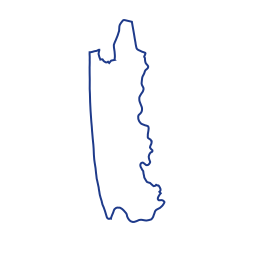 Phu Vang, Thừa Thiên - Huế, Vietnam, rotated 224°
{"feature_id": "81297802B31894177777214", "entity_name": "Phu Vang", "entity_type": "district", "adm_level": 2, "iso_a3": "VNM", "parent_name": "Vietnam", "parent_adm1": "Thừa Thiên - Huế", "projection": "robinson", "projection_center": [107.696, 16.453], "detail": "fine", "context": "isolated", "style": "outline", "palette": "blue", "viewbox_px": 256, "rotation_deg": 224, "n_neighbors": 0, "source": "geoboundaries", "source_scale": "gbopen_adm2", "svg_char_len": 5114}
<svg xmlns="http://www.w3.org/2000/svg" viewBox="0 0 256 256"><g transform="rotate(224 128 128)"><path d="M66.6,107.5L66.8,107.2L67.0,107.0L67.7,106.9L68.0,106.8L68.3,106.7L68.3,106.1L68.3,105.6L68.3,105.4L68.4,105.1L68.6,104.8L69.0,104.3L69.1,104.1L69.3,104.1L69.9,103.9L70.4,103.8L71.0,103.9L72.0,103.8L72.5,103.8L73.4,103.8L73.8,103.8L74.2,103.7L74.7,103.4L75.2,103.1L76.1,102.7L76.6,102.5L76.9,102.4L77.2,102.4L77.9,102.6L78.9,102.8L79.1,102.9L80.2,103.2L81.0,103.4L81.8,103.7L82.2,103.9L82.9,104.5L84.4,105.5L84.9,105.8L85.4,106.2L86.3,106.9L87.0,107.5L87.8,107.7L88.7,107.8L89.6,108.1L91.1,108.6L91.8,108.8L92.2,109.0L92.5,109.2L93.2,109.7L93.7,110.3L93.9,110.8L94.1,111.3L94.1,111.9L94.0,112.3L93.7,112.9L93.5,113.2L93.3,113.4L93.0,113.5L91.8,113.7L90.5,113.8L89.5,113.9L89.1,114.0L88.8,114.2L88.5,114.5L88.1,115.1L87.9,115.5L87.8,116.2L87.8,116.5L88.0,117.9L88.3,118.7L88.5,119.0L89.5,119.5L90.2,119.8L90.8,120.1L92.1,120.9L92.7,121.4L93.2,121.8L93.5,122.3L93.9,123.0L94.3,123.8L94.6,125.1L94.7,126.0L94.6,126.5L94.3,127.0L94.2,127.8L94.3,128.2L94.5,128.5L95.0,128.9L96.0,128.9L97.1,128.9L97.6,129.0L97.9,129.1L98.3,129.2L98.5,129.2L98.8,129.4L98.9,129.6L99.1,129.9L99.5,130.7L99.8,131.5L100.0,132.1L100.2,132.7L100.6,133.4L101.0,134.0L101.3,134.3L101.6,134.5L102.0,134.7L102.0,134.9L102.0,135.0L102.6,135.1L103.5,135.2L103.8,135.3L104.6,135.1L105.7,134.9L106.2,134.8L106.7,134.8L107.0,134.9L107.5,135.2L108.2,136.0L109.4,137.3L111.5,140.3L112.8,142.0L113.8,142.8L114.5,143.1L115.0,143.1L116.2,142.6L117.6,141.8L120.5,140.6L121.4,140.3L122.6,140.3L124.5,140.6L125.5,141.0L126.9,141.7L128.6,143.3L129.2,144.3L129.3,144.9L129.3,145.1L129.2,147.0L129.3,148.1L129.6,149.3L130.3,150.5L130.9,151.2L131.7,152.0L132.8,152.7L135.9,154.1L138.0,155.1L139.2,155.9L140.7,157.4L141.2,158.1L141.7,159.5L142.3,162.1L142.4,163.0L142.7,164.6L143.3,165.9L143.9,166.9L144.2,167.1L145.0,167.7L146.0,168.0L148.0,168.7L149.2,169.5L150.8,171.5L152.1,173.2L152.8,174.2L153.3,175.2L154.0,177.7L154.4,178.8L155.3,180.6L155.5,181.4L155.6,182.0L155.4,183.4L155.4,184.3L155.4,184.9L155.8,185.8L156.4,186.4L157.7,186.7L159.2,186.8L160.3,187.0L160.8,187.2L161.3,187.5L162.2,188.1L163.3,189.0L163.9,189.6L164.5,190.1L165.2,190.3L165.7,190.4L165.9,190.6L166.1,190.8L166.5,192.2L167.1,193.5L167.3,193.8L167.7,194.0L167.9,194.0L168.9,193.6L171.2,192.5L172.6,192.1L174.8,191.3L175.5,191.2L176.1,191.1L176.6,191.2L177.4,191.4L178.0,191.8L178.8,192.3L180.8,193.7L181.8,194.5L185.4,197.1L189.0,199.8L192.7,202.5L196.3,205.1L199.0,207.1L200.0,206.5L202.5,205.0L205.2,203.4L205.6,203.1L206.0,202.7L206.2,202.4L206.3,202.2L206.3,201.1L206.1,199.1L205.8,197.5L205.5,196.4L205.0,195.5L204.7,195.0L203.0,193.0L202.2,192.1L201.7,191.4L201.2,190.3L200.3,188.5L199.7,187.3L197.8,182.6L197.1,180.6L196.5,179.2L196.0,178.1L195.3,177.3L194.5,176.6L194.1,176.2L192.9,175.3L190.7,173.6L188.1,171.3L187.5,170.7L186.8,170.0L186.5,169.6L185.0,167.7L184.9,167.7L186.5,165.4L186.8,165.0L186.9,164.8L186.9,164.2L186.8,162.9L186.7,161.7L188.4,161.8L188.5,161.1L188.7,160.7L189.0,160.3L189.6,159.8L191.2,159.4L192.2,159.3L192.8,159.4L193.5,159.6L193.8,159.7L194.1,159.6L194.7,159.0L195.4,158.0L195.7,158.2L196.5,158.5L197.1,158.8L198.0,159.2L199.6,160.2L200.3,160.6L200.8,161.0L201.3,161.9L201.7,162.3L202.0,162.8L202.2,163.2L202.4,163.7L202.7,164.0L203.0,164.3L203.2,164.1L203.3,164.0L203.5,163.6L203.6,163.2L204.0,162.1L204.4,161.3L204.9,160.7L205.6,159.7L206.6,157.9L207.5,156.6L208.0,156.0L208.2,155.8L207.1,154.6L204.9,152.5L202.6,150.1L201.2,148.7L198.7,146.0L197.9,145.1L193.5,140.6L189.1,136.2L182.7,129.5L179.1,126.1L178.8,125.8L173.3,120.4L166.8,114.3L159.7,107.9L158.8,107.1L155.1,103.9L152.0,101.1L145.8,95.7L141.2,91.8L138.3,89.2L133.9,85.0L130.4,81.9L128.0,80.0L123.5,76.6L119.1,72.9L118.2,72.2L115.3,69.8L113.7,68.8L108.2,65.1L107.5,64.6L106.8,64.0L104.9,62.6L103.9,61.9L103.2,61.3L102.7,61.0L102.2,60.6L101.6,60.2L101.2,59.9L100.9,59.8L99.6,59.0L95.8,56.9L95.2,56.4L94.4,56.0L94.0,55.7L93.2,55.2L90.3,54.0L86.9,52.3L81.2,49.1L80.4,48.9L79.7,48.9L78.9,49.2L78.3,49.8L78.0,50.6L77.3,50.9L78.0,52.1L78.8,53.9L79.4,55.5L79.9,56.8L80.7,58.5L81.2,59.7L81.3,60.3L81.2,61.1L81.1,61.9L80.9,62.5L80.4,63.3L79.5,64.1L78.8,64.8L78.1,65.2L76.7,65.5L76.4,65.6L75.3,65.7L73.9,65.7L73.7,65.7L71.2,65.5L70.4,65.4L69.7,65.3L68.9,64.9L68.3,64.6L67.2,63.8L66.4,63.5L65.7,63.2L64.5,62.9L63.2,62.7L62.0,62.7L60.7,63.0L59.2,63.8L58.2,64.9L57.4,66.5L57.2,66.8L56.8,67.8L56.5,68.5L56.2,69.3L55.6,70.2L54.7,71.2L53.9,71.8L52.1,73.0L50.6,74.1L49.9,75.0L49.0,76.3L48.0,78.0L47.9,78.3L47.8,78.5L47.8,79.5L47.9,80.2L48.2,81.6L48.8,82.8L49.8,85.1L50.6,86.7L50.8,87.6L50.8,88.8L50.4,90.1L49.5,92.8L49.3,95.8L49.5,97.5L50.0,99.4L50.3,100.0L50.5,100.1L50.8,100.2L51.4,100.2L52.5,100.1L53.6,99.6L54.5,98.6L55.1,98.0L55.4,97.6L55.9,97.4L56.0,97.4L56.4,97.4L57.3,97.7L58.0,98.6L58.5,99.9L59.0,102.2L59.1,103.8L61.1,103.9L61.1,104.1L61.1,104.5L61.1,104.9L61.2,105.2L61.3,105.6L61.5,105.9L61.6,106.1L61.8,106.2L62.3,106.7L63.0,107.0L63.7,107.3L64.4,107.5L64.9,107.6L65.5,107.8L65.9,107.8L66.1,107.8L66.2,107.7L66.3,107.6L66.6,107.5Z" fill="none" stroke="#1e3a8a" stroke-width="2"/></g></svg>